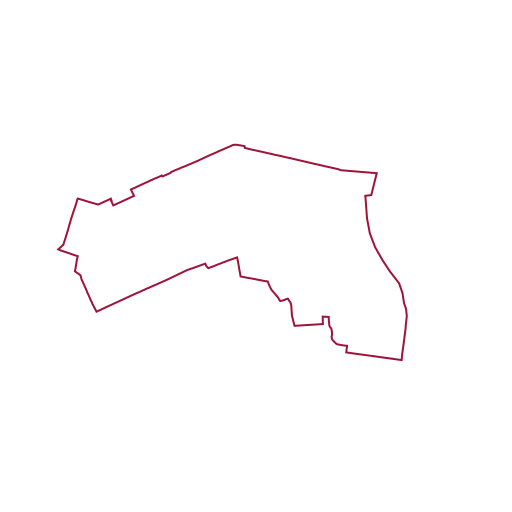 Vedea, Giurgiu, Romania, rotated 305°
{"feature_id": "2599482B51909863572758", "entity_name": "Vedea", "entity_type": "district", "adm_level": 2, "iso_a3": "ROU", "parent_name": "Romania", "parent_adm1": "Giurgiu", "projection": "mercator", "projection_center": [25.749, 43.774], "detail": "fine", "context": "isolated", "style": "outline", "palette": "rose", "viewbox_px": 512, "rotation_deg": 305, "n_neighbors": 0, "source": "geoboundaries", "source_scale": "gbopen_adm2", "svg_char_len": 5931}
<svg xmlns="http://www.w3.org/2000/svg" viewBox="0 0 512 512"><g transform="rotate(305 256 256)"><path d="M254.3,435.0L259.5,432.0L269.1,427.1L283.0,419.8L283.4,419.5L284.3,418.9L293.1,414.1L293.5,413.8L298.7,409.3L302.4,404.2L309.6,397.3L315.7,388.9L320.3,374.2L323.0,367.5L323.4,366.4L325.1,362.1L331.6,348.4L339.9,336.2L349.0,326.9L349.3,326.6L350.1,325.7L350.7,325.2L354.0,322.5L362.1,315.9L368.0,311.0L372.0,315.5L393.1,307.4L374.8,276.1L374.8,275.7L374.7,275.1L374.6,274.4L374.4,274.0L374.2,273.5L373.7,272.2L371.7,267.2L371.1,265.8L370.1,263.4L369.8,262.7L369.0,260.8L368.4,259.3L367.7,257.5L366.5,254.6L366.1,253.5L365.0,251.0L364.6,249.9L363.3,246.7L361.6,242.4L361.0,240.9L360.3,239.2L358.4,234.5L358.1,233.7L356.8,230.5L356.5,229.7L355.2,226.5L354.4,224.7L354.1,224.0L354.0,223.7L353.2,221.7L352.4,219.6L352.1,218.9L351.4,217.2L349.5,212.9L349.2,212.1L348.9,211.2L348.6,210.6L348.2,209.5L347.6,208.1L347.2,207.1L346.8,206.2L346.2,204.7L345.9,203.8L345.3,202.4L344.9,201.4L344.2,199.8L343.7,198.6L343.1,197.1L342.6,195.9L342.0,194.5L341.4,193.0L340.9,192.0L340.2,190.1L339.9,189.3L339.6,188.6L339.3,187.8L338.7,186.3L338.1,184.9L339.1,183.8L339.4,183.6L338.9,182.4L338.1,180.7L337.6,179.6L337.3,179.1L336.3,177.0L335.9,176.3L335.5,175.5L334.4,174.2L333.7,173.5L333.2,173.1L330.8,171.8L329.1,170.7L326.7,169.2L325.1,168.3L324.0,167.6L322.1,166.4L320.5,165.3L319.4,164.8L317.1,163.5L315.6,162.5L311.3,159.9L310.7,159.5L310.1,159.2L309.2,158.7L308.8,158.4L308.3,158.1L307.9,157.9L307.5,157.6L306.6,157.2L305.5,156.6L304.9,156.2L303.9,155.6L302.8,154.9L302.1,154.6L301.1,154.0L300.6,153.7L299.3,152.9L298.5,152.4L298.1,152.1L297.7,151.9L297.2,151.6L296.9,151.4L295.9,150.8L295.2,150.4L293.0,149.0L291.8,148.2L290.4,147.4L288.9,146.4L287.4,145.4L285.3,144.0L284.4,143.5L283.6,143.0L282.6,142.4L281.5,141.6L280.8,141.2L279.9,140.6L278.0,139.5L277.4,139.1L276.5,138.6L276.0,138.3L275.7,138.4L275.2,138.3L274.9,138.2L274.6,138.0L273.3,137.3L269.1,134.7L267.7,134.0L267.6,133.9L267.4,133.4L267.4,133.1L267.8,132.5L267.6,132.4L267.1,132.3L266.7,132.0L265.8,131.4L264.8,130.9L263.7,130.2L261.9,129.0L260.9,128.4L259.6,127.6L258.8,127.2L257.6,126.4L256.4,125.7L254.9,124.9L249.2,121.5L246.9,120.2L245.3,119.2L243.2,118.1L242.2,117.5L241.9,117.2L241.4,117.0L241.0,116.8L240.3,116.3L239.6,115.9L239.1,115.6L238.7,115.4L235.3,121.6L215.6,110.1L218.1,105.7L218.5,105.9L219.0,105.1L219.7,104.2L218.6,103.6L218.4,103.5L217.6,103.0L215.8,102.0L215.0,101.5L213.7,100.7L211.4,99.4L208.3,97.6L207.9,97.3L207.6,97.1L207.6,96.9L207.4,96.6L207.1,95.7L205.5,91.1L204.3,87.7L204.0,86.6L203.4,84.9L203.1,83.7L202.5,81.9L201.9,80.2L200.8,77.0L200.2,77.1L197.1,78.2L195.6,78.7L194.2,79.1L192.8,79.6L190.5,80.2L190.3,80.2L189.7,80.4L188.5,80.8L187.3,81.1L185.5,81.7L184.1,82.1L181.2,83.0L180.1,83.3L179.4,83.6L176.4,84.6L174.9,85.1L173.8,85.5L172.8,85.8L171.7,86.3L170.6,86.6L168.1,87.5L166.8,87.9L163.6,88.9L162.2,89.4L156.6,91.1L155.4,91.5L155.0,91.6L154.8,91.6L154.6,91.7L154.4,91.6L154.0,91.6L153.5,91.4L150.2,90.7L148.6,90.3L148.0,90.2L148.3,91.6L148.5,92.7L148.9,94.0L149.8,97.1L150.7,100.1L151.6,103.2L152.4,106.2L152.9,107.9L153.2,108.8L153.5,109.9L153.6,110.0L153.4,110.2L152.1,110.7L151.2,111.0L150.8,111.2L150.5,111.3L150.0,111.5L148.0,112.5L147.4,112.8L146.4,113.3L145.5,113.7L144.4,114.2L144.0,114.4L143.1,114.9L141.8,115.5L140.9,115.9L140.1,116.2L139.8,116.3L139.7,116.3L139.6,116.6L139.6,116.8L139.6,117.0L139.6,118.1L139.6,118.8L139.6,119.5L139.6,121.4L139.5,122.3L139.5,122.8L139.5,123.1L139.5,123.3L139.4,123.4L139.0,123.9L138.8,124.3L138.0,125.2L137.6,125.6L137.3,125.9L137.0,126.3L136.7,126.7L136.2,127.4L136.0,127.9L135.5,128.8L135.4,129.0L135.1,129.5L134.8,129.9L134.6,130.3L134.0,131.3L133.9,131.4L133.9,131.6L133.7,132.1L133.4,132.4L133.2,132.6L133.0,132.9L132.7,133.3L132.5,133.7L132.3,134.1L132.0,134.5L131.8,135.0L130.6,136.9L130.1,137.7L129.4,138.7L129.0,139.2L129.0,139.5L128.3,140.6L126.4,143.8L125.7,144.8L125.5,145.2L125.4,145.3L124.6,146.7L123.8,148.3L123.7,148.5L123.3,149.0L122.7,150.0L121.2,152.9L119.9,155.4L118.9,157.3L120.0,157.9L122.6,159.5L123.8,160.1L149.2,174.9L153.8,177.6L155.7,178.7L158.2,180.2L160.0,181.4L161.1,182.0L162.3,182.7L163.6,183.5L166.0,184.9L167.2,185.6L168.4,186.4L169.9,187.3L170.3,187.5L171.4,188.2L173.1,189.2L174.6,190.2L176.2,191.1L179.3,193.0L180.1,193.5L187.4,197.8L192.9,200.9L196.9,203.1L203.1,206.6L205.0,207.7L210.8,211.9L220.6,218.8L220.3,219.4L220.0,219.8L219.4,220.9L219.2,221.3L219.0,222.2L218.9,222.9L218.7,223.9L218.9,224.0L220.7,225.3L222.7,226.7L225.2,228.3L228.2,230.3L229.6,231.3L231.8,232.7L234.5,234.6L236.4,235.8L237.6,236.7L244.0,241.3L241.6,243.9L240.5,245.0L237.9,247.6L236.9,248.6L236.4,249.0L235.9,249.5L235.3,250.2L234.5,250.9L234.2,251.3L230.5,255.0L230.4,255.1L230.7,255.7L230.9,256.3L231.2,256.8L231.4,257.5L231.9,258.5L232.9,260.8L234.4,263.9L234.8,264.8L236.4,268.2L237.2,270.2L238.8,273.7L240.4,277.3L241.2,279.0L241.3,279.0L241.9,280.3L241.7,280.5L241.3,281.1L240.5,282.2L239.5,283.8L238.3,285.9L237.7,287.1L237.2,288.0L236.4,291.2L236.2,292.0L235.7,294.0L235.0,296.1L235.1,296.3L234.6,297.9L234.2,298.8L233.7,299.8L233.3,300.7L233.1,301.3L233.0,301.6L233.1,301.8L233.4,302.0L234.0,302.6L235.1,303.5L235.7,304.0L236.4,304.5L237.4,305.1L237.8,305.4L238.6,306.0L239.3,306.5L239.4,306.8L239.2,307.0L239.0,307.3L238.9,307.6L238.3,309.1L238.0,310.1L237.8,310.7L237.6,310.9L237.2,311.6L235.8,313.2L227.7,319.7L220.9,327.6L238.6,349.8L244.6,345.4L247.8,350.5L244.5,353.0L242.7,354.7L241.4,355.6L241.0,356.2L240.7,356.6L240.5,356.9L240.2,357.5L240.1,357.9L240.0,358.4L239.9,358.8L239.7,359.2L239.5,359.6L238.7,360.5L238.0,361.2L236.4,362.6L235.1,363.4L233.0,364.4L232.6,364.8L231.7,365.7L231.3,366.5L230.9,367.8L230.8,368.3L230.5,369.9L230.3,371.3L230.2,371.8L230.2,372.1L230.2,372.6L230.2,372.9L230.4,373.4L230.7,374.1L231.6,376.1L232.2,377.4L233.0,379.1L234.7,382.1L228.8,385.2L231.3,390.2L254.3,435.0Z" fill="none" stroke="#9f1239" stroke-width="2"/></g></svg>